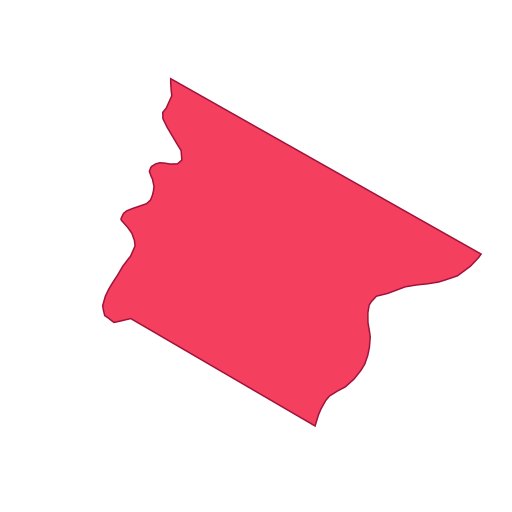 outline of Beyar, Laborie, Saint Lucia, rotated 38°
{"feature_id": "8701671B32276542748639", "entity_name": "Beyar", "entity_type": "district", "adm_level": 2, "iso_a3": "LCA", "parent_name": "Saint Lucia", "parent_adm1": "Laborie", "projection": "albers", "projection_center": [-60.991, 13.774], "detail": "fine", "context": "isolated", "style": "filled", "palette": "rose", "viewbox_px": 512, "rotation_deg": 38, "n_neighbors": 0, "source": "geoboundaries", "source_scale": "gbopen_adm2", "svg_char_len": 1206}
<svg xmlns="http://www.w3.org/2000/svg" viewBox="0 0 512 512"><g transform="rotate(38 256 256)"><path d="M79.6,168.8L82.3,172.2L87.2,177.7L91.0,181.6L94.2,194.7L94.1,200.2L98.1,205.1L106.8,209.3L123.7,215.9L132.0,219.0L138.5,226.0L137.3,231.9L131.4,236.6L127.4,238.7L122.8,241.7L120.3,245.1L118.6,249.6L118.6,251.0L119.9,255.0L124.5,257.9L127.0,259.1L132.8,264.0L135.1,267.8L137.0,272.0L138.4,276.8L137.5,282.2L133.9,287.8L129.5,294.5L126.3,300.0L125.4,304.0L126.4,308.8L126.9,310.1L128.1,310.8L137.1,312.4L144.4,314.6L147.1,316.4L150.4,318.4L154.5,322.5L157.3,333.5L157.2,335.9L157.3,346.1L158.7,356.2L159.5,365.8L160.4,372.9L162.0,380.3L165.7,389.5L169.3,392.8L173.5,396.1L178.1,395.8L181.7,395.9L185.0,395.8L189.0,391.0L190.4,389.2L194.0,384.7L195.9,382.4L407.2,353.6L403.0,342.6L401.3,336.2L399.9,327.0L400.1,321.1L403.2,312.5L407.0,304.0L409.0,292.6L409.1,281.5L408.2,274.0L405.2,265.4L401.7,258.3L395.8,249.4L392.5,246.2L385.1,239.4L379.2,232.0L375.4,225.0L375.0,221.0L375.6,213.6L382.8,204.4L390.3,192.1L392.5,188.5L400.5,179.8L408.5,172.1L416.0,164.0L420.0,158.2L427.0,147.5L431.3,131.8L432.4,119.8L432.3,118.5L432.2,115.9L79.6,168.8Z" fill="#f43f5e" stroke="#9f1239" stroke-width="1.5"/></g></svg>